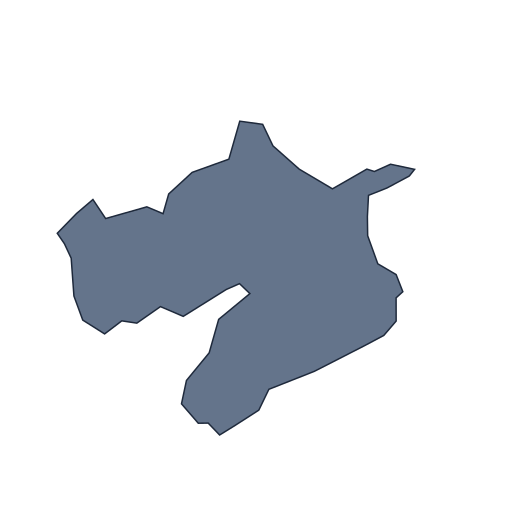 the district of Tashlak, Ferghana, Uzbekistan, rotated 237°
{"feature_id": "79887680B62642842050546", "entity_name": "Tashlak", "entity_type": "district", "adm_level": 2, "iso_a3": "UZB", "parent_name": "Uzbekistan", "parent_adm1": "Ferghana", "projection": "natural_earth1", "projection_center": [71.832, 40.543], "detail": "fine", "context": "isolated", "style": "filled", "palette": "slate", "viewbox_px": 512, "rotation_deg": 237, "n_neighbors": 0, "source": "geoboundaries", "source_scale": "gbopen_adm2", "svg_char_len": 815}
<svg xmlns="http://www.w3.org/2000/svg" viewBox="0 0 512 512"><g transform="rotate(237 256 256)"><path d="M259.7,418.8L262.4,401.3L268.5,396.3L270.7,356.7L305.2,339.6L339.1,330.2L362.8,333.3L377.9,315.8L352.0,286.0L360.9,248.0L355.6,216.6L342.1,201.1L356.7,191.2L369.3,150.3L392.2,150.0L389.4,128.7L383.3,101.7L370.6,102.0L354.8,99.8L321.6,81.5L296.6,75.8L273.1,86.6L274.7,108.1L264.6,119.5L265.6,148.3L245.0,162.1L244.1,212.9L241.8,227.1L227.8,230.4L223.2,190.2L200.3,164.0L189.5,129.9L172.6,113.0L147.2,116.5L141.9,124.9L125.7,128.0L125.3,146.8L125.2,174.4L137.2,194.2L127.5,242.1L121.7,298.0L119.8,320.0L125.1,338.1L144.6,350.7L146.1,359.7L164.1,363.4L183.1,353.9L212.2,360.7L228.4,370.9L245.6,383.4L241.7,402.9L239.6,428.2L242.3,436.2L259.7,418.8Z" fill="#64748b" stroke="#1e293b" stroke-width="1.5"/></g></svg>